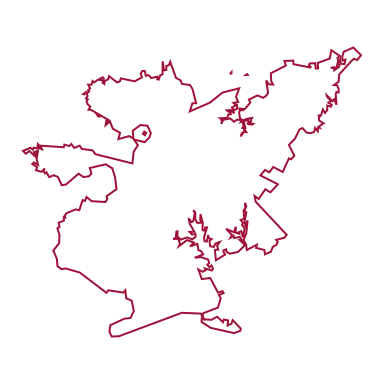 the district of MÄngere-ÅtÄhuhu Local Board Area, Auckland, New Zealand
{"feature_id": "76426892B61751173785029", "entity_name": "MÄngere-ÅtÄhuhu Local Board Area", "entity_type": "district", "adm_level": 2, "iso_a3": "NZL", "parent_name": "New Zealand", "parent_adm1": "Auckland", "projection": "equal_earth", "projection_center": [174.799, -36.975], "detail": "fine", "context": "isolated", "style": "outline", "palette": "rose", "viewbox_px": 384, "rotation_deg": 0, "n_neighbors": 0, "source": "geoboundaries", "source_scale": "gbopen_adm2", "svg_char_len": 5916}
<svg xmlns="http://www.w3.org/2000/svg" viewBox="0 0 384 384"><path d="M270.8,73.3L271.2,81.1L273.1,84.5L269.1,84.4L266.1,80.5L268.1,92.8L266.1,95.8L263.2,97.8L257.5,95.4L248.9,99.6L250.3,102.5L244.8,109.1L238.5,108.4L243.9,110.2L239.8,110.2L239.1,112.9L240.0,118.2L242.8,120.5L246.3,119.0L253.2,117.7L251.0,118.3L251.0,121.4L248.4,122.9L253.2,123.9L252.1,124.7L248.2,124.1L248.4,119.6L243.6,121.4L245.5,128.1L244.5,129.6L246.3,132.1L243.8,132.0L240.6,136.5L241.9,133.1L244.7,131.3L244.0,129.7L244.7,128.5L242.4,127.9L243.7,125.8L242.1,121.5L240.9,121.9L242.2,120.1L237.0,119.7L234.0,121.8L230.2,118.4L223.3,119.9L221.2,123.9L222.3,120.4L221.0,121.0L222.1,119.8L220.1,118.3L227.4,117.9L228.3,114.5L230.8,114.2L230.5,112.1L228.7,111.8L226.9,110.4L230.3,110.0L234.2,113.3L231.6,106.6L234.3,110.2L237.2,108.6L237.0,105.0L234.1,106.2L235.5,104.3L233.5,102.9L238.2,101.9L236.0,97.0L239.2,88.3L222.5,92.6L209.8,102.7L189.8,111.4L192.4,103.3L196.1,103.2L192.5,89.0L190.0,85.0L182.0,83.9L180.6,80.4L176.0,77.9L170.2,61.7L169.0,65.1L166.3,66.0L166.3,70.0L164.0,70.3L162.7,61.3L162.5,74.3L160.3,75.2L158.7,79.6L157.3,79.3L157.4,76.6L151.2,78.1L148.6,75.1L145.8,75.8L144.8,71.0L142.5,70.9L140.7,73.3L142.0,77.3L134.7,81.3L120.8,78.4L120.0,81.2L117.2,82.5L109.0,76.1L108.2,79.3L104.8,80.9L104.3,84.0L102.6,82.6L103.8,78.4L102.7,77.3L100.1,78.6L101.4,80.1L98.0,79.7L94.2,82.4L92.6,81.0L91.5,84.7L88.2,84.7L90.1,88.4L88.2,90.2L89.2,91.4L86.9,93.3L87.5,96.1L86.0,98.4L87.8,99.3L86.6,100.8L87.6,104.2L90.3,106.7L88.5,109.7L91.2,110.0L109.6,120.6L112.9,128.8L120.0,132.8L118.4,139.1L129.2,136.1L133.3,138.5L132.8,130.7L140.3,125.1L147.4,125.7L150.8,133.0L149.6,137.2L144.8,142.2L133.9,139.5L137.9,145.2L133.7,151.6L132.4,163.4L95.4,154.2L92.6,150.4L81.8,148.9L79.7,145.7L74.3,147.9L71.3,144.0L69.3,146.1L64.4,144.6L63.8,147.2L40.7,145.7L42.0,149.3L38.3,147.7L39.9,146.5L37.9,144.1L37.3,148.3L33.7,147.7L32.9,149.7L30.4,147.8L23.0,150.9L25.9,153.7L29.4,151.0L35.2,156.4L35.9,152.5L34.4,152.9L34.0,152.2L38.0,150.6L36.6,158.9L38.0,164.7L33.8,162.5L32.3,164.1L37.2,167.1L36.0,170.3L41.6,171.8L44.8,168.5L43.5,171.1L45.1,173.4L46.5,172.3L49.2,177.1L53.9,175.2L58.0,177.1L61.8,185.3L66.1,184.4L78.6,173.7L83.4,177.0L88.8,176.4L91.4,173.5L89.8,168.0L105.7,164.3L112.3,168.3L115.1,177.4L116.5,189.2L106.6,196.2L107.3,199.1L105.4,202.0L91.7,201.2L86.5,197.0L85.0,201.0L82.6,200.1L79.3,210.2L75.6,209.4L66.5,213.2L64.6,215.8L65.2,217.6L63.7,217.3L63.9,220.7L58.6,222.7L59.5,227.0L57.4,228.2L59.5,234.9L59.1,243.3L53.3,250.5L56.8,258.6L57.5,266.3L61.5,269.2L65.6,268.4L79.9,272.6L106.4,292.8L108.4,290.3L123.4,292.6L125.3,290.3L126.2,298.3L131.7,300.7L133.8,311.0L130.5,318.0L124.4,318.7L110.3,325.2L109.4,331.8L111.7,336.5L118.8,336.3L181.8,312.8L201.0,313.6L203.3,319.3L201.7,318.8L201.6,322.0L210.8,327.9L234.1,333.1L240.3,330.8L240.8,328.6L232.7,320.2L231.4,323.7L227.6,325.5L228.1,320.4L223.8,319.5L223.0,322.2L217.2,316.7L211.4,319.8L203.8,319.3L202.5,314.4L203.5,313.1L217.9,307.6L220.7,298.4L218.9,295.0L223.6,293.1L222.6,291.2L218.0,292.6L210.2,278.0L201.8,279.1L198.4,269.5L202.6,271.8L205.7,270.1L204.9,268.5L212.0,270.5L213.0,268.6L211.4,265.4L209.6,267.3L207.3,264.7L209.2,263.0L208.1,259.5L200.7,257.1L194.7,257.7L203.2,254.4L201.1,251.0L198.5,250.3L197.3,243.9L190.1,246.4L194.0,242.6L187.0,240.1L178.9,246.2L180.0,243.6L178.1,238.7L173.2,239.1L175.9,237.6L176.4,231.6L177.5,231.3L177.4,236.4L180.7,239.6L187.2,237.4L192.1,239.4L195.5,236.9L195.5,234.2L191.8,234.4L189.6,231.9L194.4,231.8L189.7,223.8L188.6,218.2L191.5,222.0L193.2,221.3L194.8,213.0L193.3,210.1L195.3,212.4L195.2,218.9L197.2,222.9L201.3,222.7L200.2,219.7L200.5,214.2L202.8,222.9L202.5,230.0L205.2,231.0L205.1,227.6L207.0,227.4L204.0,237.5L204.6,241.2L206.8,241.6L208.2,235.0L208.6,238.1L211.6,239.1L209.5,240.8L210.1,246.1L213.7,247.0L215.5,243.5L219.7,242.0L217.1,245.6L218.3,249.6L214.9,249.9L215.9,260.3L225.1,254.6L223.5,251.9L223.4,250.4L226.2,249.4L226.5,251.8L229.8,253.7L237.9,252.0L245.0,245.2L240.0,240.3L241.9,240.6L239.8,236.9L234.2,238.0L233.6,235.8L230.5,237.7L232.0,235.0L226.1,228.8L233.8,232.2L235.9,226.7L235.5,232.5L239.2,233.8L238.7,232.2L241.3,231.2L243.0,237.4L244.7,228.2L242.0,225.1L243.1,223.3L240.7,219.9L244.2,218.9L243.6,210.5L245.5,207.9L245.0,204.9L245.2,202.8L246.3,206.6L244.2,210.4L246.3,212.3L244.6,221.4L245.5,225.6L247.6,220.4L246.3,233.3L243.5,240.0L246.1,244.5L246.8,250.0L256.9,244.7L256.1,247.9L264.4,250.0L265.0,254.3L270.9,251.7L272.8,246.9L276.6,244.7L277.6,241.7L276.2,239.8L284.3,237.8L286.7,234.8L255.7,201.7L254.6,196.0L258.7,199.0L265.3,189.3L270.4,192.3L277.9,184.3L260.4,175.4L265.0,170.0L269.3,172.3L273.3,167.0L282.7,172.0L288.9,158.4L291.1,159.3L294.3,155.7L288.9,144.9L295.0,138.6L299.5,129.4L302.4,128.1L306.7,132.6L310.4,133.2L314.2,131.9L315.1,127.9L317.7,131.2L318.1,127.4L319.6,127.8L318.7,126.6L323.6,123.4L319.2,120.6L318.6,114.6L319.7,116.5L320.9,115.6L322.9,109.5L325.0,112.9L327.2,110.2L327.2,105.6L331.0,106.6L331.7,104.7L328.4,102.7L331.0,100.9L326.9,96.6L326.6,95.2L332.5,101.2L334.2,99.2L336.5,104.8L335.7,94.2L336.5,91.9L338.6,92.5L338.8,89.9L337.2,85.4L334.0,85.0L338.6,81.8L339.2,74.4L352.1,60.3L353.9,58.8L357.3,60.0L361.0,55.2L353.3,47.5L343.7,51.8L342.2,57.1L342.8,60.5L345.4,59.6L344.5,64.1L340.7,63.8L340.2,59.2L337.7,63.7L339.5,64.9L339.1,66.9L334.2,70.2L334.2,67.6L332.5,68.0L331.5,67.8L331.5,67.7L334.0,67.3L336.3,68.0L338.3,60.5L337.4,58.0L339.8,56.0L331.3,50.2L329.7,58.6L317.6,63.0L318.1,68.4L315.8,68.5L315.0,63.2L309.6,63.5L309.0,65.4L310.6,66.7L310.4,67.5L293.5,64.2L293.2,60.6L284.5,61.0L285.8,65.6L270.8,73.3ZM146.2,132.9L144.3,131.6L142.9,133.9L145.0,135.2L146.2,132.9ZM108.3,122.8L107.1,119.9L106.4,120.5L105.6,125.2L108.3,122.8ZM245.9,75.0L247.7,74.9L247.1,74.1L245.9,75.0ZM100.5,116.4L97.3,115.2L97.9,116.1L98.7,116.6L100.5,116.4ZM85.1,92.8L83.3,94.1L84.4,94.4L85.1,92.8ZM230.0,74.0L231.5,73.4L231.5,72.2L230.0,74.0Z" fill="none" stroke="#9f1239" stroke-width="2"/></svg>